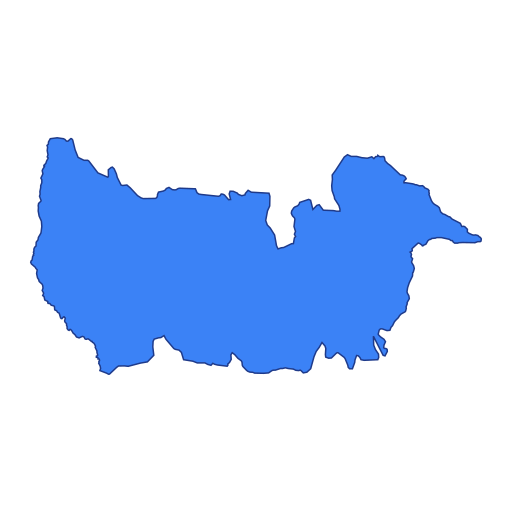 the district of Sandoa, Katanga, Democratic Republic of the Congo
{"feature_id": "63176286B26674316015082", "entity_name": "Sandoa", "entity_type": "district", "adm_level": 2, "iso_a3": "COD", "parent_name": "Democratic Republic of the Congo", "parent_adm1": "Katanga", "projection": "orthographic", "projection_center": [23.072, -9.383], "detail": "fine", "context": "isolated", "style": "filled", "palette": "blue", "viewbox_px": 512, "rotation_deg": 0, "n_neighbors": 0, "source": "geoboundaries", "source_scale": "gbopen_adm2", "svg_char_len": 5971}
<svg xmlns="http://www.w3.org/2000/svg" viewBox="0 0 512 512"><path d="M389.9,330.3L391.0,327.3L392.5,325.7L394.3,322.0L395.5,320.5L398.3,317.7L399.5,315.7L401.1,314.0L405.1,311.8L405.6,311.1L406.3,308.4L406.1,306.8L407.2,303.9L407.1,302.6L409.3,298.7L408.9,295.9L407.3,293.0L407.0,291.6L407.6,287.7L409.2,282.9L412.5,276.0L412.7,272.7L413.3,272.1L414.3,268.5L413.6,265.7L411.7,262.5L411.6,261.8L412.6,258.7L411.2,257.1L411.0,256.3L411.5,254.5L410.8,252.7L410.1,252.1L412.0,251.1L412.3,250.4L412.0,248.7L412.5,248.2L418.2,243.0L419.7,243.5L421.7,244.9L422.3,245.8L422.9,245.9L423.4,245.3L425.9,244.2L428.0,240.6L428.8,240.0L429.7,239.4L430.7,239.4L431.6,238.5L435.5,238.1L436.7,237.6L441.5,237.6L449.3,239.3L451.1,240.6L452.4,240.6L453.2,242.0L454.6,243.1L457.8,243.1L458.9,242.7L462.7,242.5L475.0,242.7L477.6,241.7L480.4,241.6L481.0,241.1L481.3,238.9L480.4,237.4L479.5,237.0L477.9,235.5L475.6,234.9L473.8,235.1L472.2,234.8L468.6,233.1L467.3,231.9L467.4,229.3L464.8,226.7L463.7,226.3L461.8,226.5L460.3,223.3L452.1,219.1L449.9,216.9L448.5,216.6L444.9,214.5L442.7,213.8L440.6,211.8L439.3,207.7L437.7,206.2L434.4,204.3L432.6,202.6L431.4,200.6L429.0,194.5L429.3,193.3L428.8,191.9L429.1,190.7L428.0,189.3L424.5,187.7L424.1,186.9L422.6,185.7L419.5,185.9L416.6,184.8L415.1,184.7L413.9,184.1L412.0,183.7L405.4,182.7L404.1,182.9L403.8,182.0L404.3,180.7L406.2,178.8L405.4,177.2L404.4,176.1L402.6,175.2L400.2,174.8L390.5,165.6L387.6,163.5L385.0,160.7L384.6,158.0L383.9,156.7L383.2,156.5L380.1,156.7L379.0,156.3L377.8,155.3L377.5,156.2L376.9,156.6L375.7,156.6L373.9,158.6L371.8,156.8L367.4,158.2L365.2,158.0L361.9,157.7L356.6,156.4L351.2,156.4L347.5,154.7L344.3,157.0L335.7,170.2L332.2,175.0L332.4,179.6L331.7,185.7L332.1,190.6L334.3,196.8L334.6,198.8L338.9,205.5L340.0,209.3L339.9,211.2L336.6,211.2L333.5,210.6L323.3,210.2L319.2,204.7L316.8,205.4L312.9,209.5L310.6,200.3L308.7,199.4L299.7,202.4L299.3,203.7L298.5,204.9L297.6,205.8L294.8,207.0L293.7,207.9L291.7,211.0L291.3,213.2L291.9,214.7L292.6,216.0L294.4,217.8L294.9,219.2L294.0,226.5L295.5,231.5L294.4,234.2L295.6,236.5L294.4,237.9L293.4,243.6L291.6,243.7L283.7,247.5L281.2,247.8L278.0,248.9L276.5,245.7L274.6,235.0L270.2,228.0L267.3,225.0L265.7,220.5L267.5,210.9L269.7,206.0L269.9,196.3L269.0,193.2L251.3,192.2L248.1,190.3L245.3,193.5L245.0,194.9L241.8,195.7L238.4,194.4L237.3,193.1L233.2,191.3L230.1,191.2L229.2,193.9L230.6,199.5L228.6,199.7L224.5,195.0L222.9,194.2L221.2,194.0L220.1,195.7L218.5,196.3L201.4,194.5L198.9,194.1L197.0,192.7L195.4,188.8L179.7,188.2L178.2,188.5L176.0,189.8L174.3,189.9L172.2,189.6L169.0,187.4L166.3,188.5L165.4,189.9L163.5,191.0L158.5,192.1L157.5,194.5L157.4,196.1L156.8,197.5L155.6,198.4L143.2,198.6L141.1,197.9L137.5,195.6L130.3,187.9L126.9,185.0L122.7,185.5L121.1,185.1L117.3,177.5L116.4,173.9L114.2,168.9L112.4,167.1L111.1,167.5L108.3,169.8L108.4,176.3L107.8,177.2L97.9,172.9L90.2,162.8L88.8,161.0L87.7,160.3L84.0,160.3L78.1,157.4L75.1,149.8L72.7,140.0L71.6,138.7L70.8,138.6L67.9,141.2L66.4,141.1L65.0,139.5L63.5,138.7L57.2,137.8L50.3,138.7L48.5,141.9L48.3,144.3L47.0,145.4L47.6,147.1L47.2,150.6L48.0,154.9L47.2,156.9L48.1,157.8L48.1,158.3L46.6,161.0L45.8,163.4L43.9,165.3L43.9,166.1L44.5,166.1L44.5,166.6L42.7,169.3L42.2,170.7L42.9,173.8L40.9,178.1L41.8,179.8L41.8,182.8L40.7,185.6L40.7,187.6L39.9,191.6L40.1,194.2L39.5,196.2L41.1,200.6L40.8,201.3L38.6,203.4L38.2,205.6L38.4,207.5L38.2,211.0L39.1,216.0L41.4,221.2L41.8,226.5L41.1,232.2L40.8,233.3L38.4,237.4L38.0,239.8L36.2,242.2L36.0,246.0L34.6,247.3L33.9,249.0L33.9,251.2L33.4,252.2L33.9,253.3L33.3,254.7L33.6,255.4L33.0,255.8L32.6,256.6L32.1,260.0L31.2,260.8L30.7,262.3L31.4,263.9L35.3,267.3L35.9,268.5L37.2,269.8L36.6,273.5L37.5,277.8L38.6,279.5L39.2,281.5L42.1,284.2L42.7,285.5L43.0,288.1L42.2,290.5L43.5,292.8L43.6,293.4L42.7,295.6L44.0,296.5L44.8,300.0L47.8,301.5L47.8,302.9L48.1,303.4L49.8,303.5L51.2,305.2L53.8,305.9L54.4,306.5L54.7,309.7L55.2,310.2L56.5,310.6L57.6,312.3L59.2,313.2L60.6,317.9L61.3,318.6L62.0,318.6L63.5,316.9L64.1,316.8L65.3,318.2L64.6,320.9L65.1,322.2L66.5,323.6L66.6,325.6L67.1,326.4L67.1,328.6L68.2,330.0L69.1,330.4L70.0,329.4L70.6,329.5L71.8,330.8L73.1,333.1L74.9,334.6L76.5,337.0L79.1,337.9L82.3,336.4L83.2,336.6L84.2,337.2L84.8,338.6L85.3,339.1L86.3,339.3L87.6,338.9L88.5,339.0L91.3,341.3L92.1,341.4L92.4,342.3L93.6,342.9L94.5,344.1L95.5,346.1L95.2,347.4L96.9,350.9L97.0,352.7L97.7,355.0L97.5,355.7L96.4,356.1L96.3,357.2L98.0,357.8L98.0,359.0L99.1,359.0L99.5,360.0L99.5,360.7L98.9,361.3L99.0,362.5L98.7,363.2L100.1,365.9L100.6,368.4L99.9,370.6L106.7,373.2L108.5,374.2L109.5,374.1L116.6,367.4L118.5,366.0L124.5,365.9L128.2,366.3L140.4,363.1L147.4,361.9L153.8,355.3L152.8,346.9L153.1,341.3L154.2,339.1L158.6,337.8L160.8,337.6L164.0,335.6L166.0,339.3L173.8,348.5L175.2,349.3L179.0,350.1L181.4,352.4L183.6,359.7L192.9,361.2L197.2,362.9L204.9,362.9L207.7,364.4L211.0,365.3L212.8,363.3L214.4,364.2L217.4,365.0L227.2,366.2L227.9,365.2L227.8,364.0L229.5,362.5L231.2,359.4L230.9,354.8L232.2,352.7L234.8,354.7L237.9,358.3L241.3,360.8L242.0,362.2L242.3,365.3L242.9,366.5L246.5,370.3L247.8,371.3L249.9,372.1L252.8,372.3L254.6,373.1L263.6,373.3L268.6,372.9L271.9,370.6L273.1,370.2L275.5,370.1L280.5,368.5L282.6,368.5L285.4,367.8L288.1,368.5L293.4,369.1L295.8,370.3L298.8,370.6L300.1,370.1L301.0,370.6L303.3,372.9L306.9,372.2L310.7,368.7L314.0,356.7L316.2,351.4L319.1,347.5L322.0,342.5L325.0,346.0L325.8,348.5L325.4,354.5L325.7,357.1L328.6,358.2L331.4,358.0L336.1,353.4L337.1,352.7L338.2,352.8L344.1,357.3L345.1,358.6L347.8,365.2L348.2,367.3L349.6,368.8L352.4,368.8L354.7,362.5L355.0,359.9L356.6,355.5L358.3,355.8L360.0,357.6L361.0,359.7L364.1,360.3L377.8,359.7L378.7,357.4L378.5,354.1L375.4,349.5L373.7,345.1L373.4,336.2L383.1,355.3L385.0,355.9L387.3,351.5L387.2,349.7L386.9,349.1L386.1,348.6L384.3,348.3L383.7,347.6L384.0,345.1L385.5,341.7L384.0,339.3L380.3,336.7L378.4,334.7L378.2,334.1L379.2,330.1L379.9,329.3L380.9,328.8L382.6,329.0L387.0,330.6L389.9,330.3Z" fill="#3b82f6" stroke="#1e3a8a" stroke-width="1.5"/></svg>